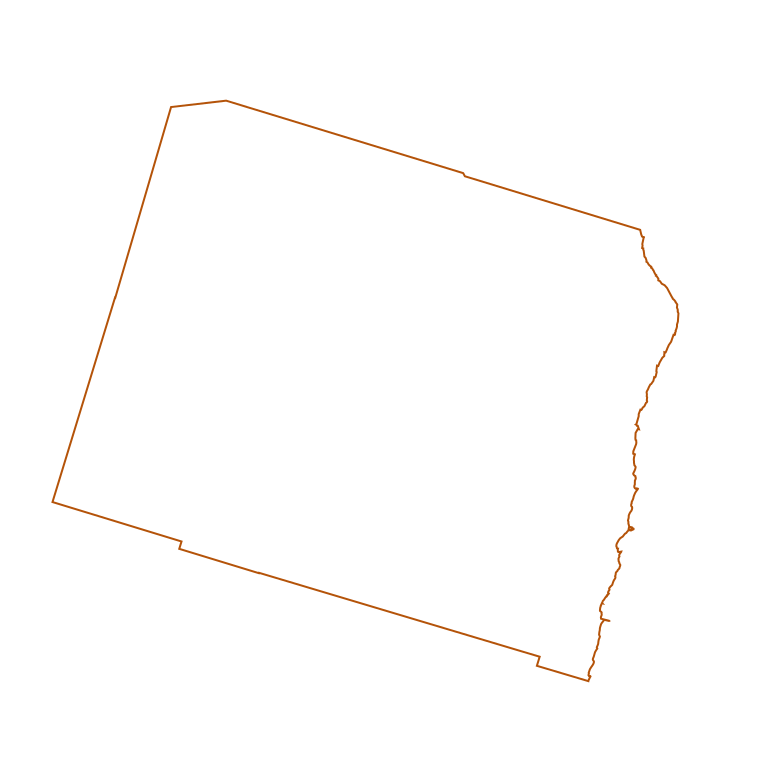 84, Ar Rayyān, Qatar (Mercator projection), rotated 197°
{"feature_id": "91078587B80601194471899", "entity_name": "84", "entity_type": "district", "adm_level": 2, "iso_a3": "QAT", "parent_name": "Qatar", "parent_adm1": "Ar Rayyān", "projection": "mercator", "projection_center": [50.776, 25.173], "detail": "fine", "context": "isolated", "style": "outline", "palette": "amber", "viewbox_px": 768, "rotation_deg": 197, "n_neighbors": 0, "source": "geoboundaries", "source_scale": "gbopen_adm2", "svg_char_len": 4987}
<svg xmlns="http://www.w3.org/2000/svg" viewBox="0 0 768 768"><g transform="rotate(197 384 384)"><path d="M101.7,159.6L101.8,160.2L101.2,164.2L101.0,164.6L101.1,164.8L101.5,165.0L102.5,164.6L103.3,165.3L103.4,165.9L103.4,167.0L103.8,167.6L103.7,171.4L103.1,173.7L102.4,175.8L102.0,177.4L101.9,178.7L102.0,179.7L102.3,180.2L103.1,180.9L103.5,181.2L103.8,181.7L103.9,182.5L103.8,183.6L103.7,184.7L103.8,189.2L103.3,191.4L103.0,192.5L102.7,193.2L102.7,193.5L103.4,194.1L103.5,194.8L103.3,196.4L103.2,198.0L103.7,200.6L103.9,202.4L103.7,204.2L103.7,205.6L105.0,207.1L105.5,209.6L105.7,211.9L106.0,212.9L106.2,214.2L106.2,217.8L105.9,219.0L104.4,222.9L99.5,223.2L99.4,223.3L99.6,223.4L107.8,223.0L108.4,224.3L108.4,225.3L108.3,226.6L108.5,227.5L108.9,228.2L109.1,229.2L109.9,229.7L110.9,230.0L111.3,230.6L111.8,233.1L111.8,234.3L111.8,234.7L111.7,236.1L111.8,236.1L111.5,238.2L111.2,238.2L111.5,238.4L111.2,239.7L111.0,239.8L111.3,239.8L111.3,240.4L110.5,242.2L110.2,243.5L109.8,244.7L109.1,245.7L109.4,245.8L109.0,246.8L108.3,247.9L108.6,248.0L107.8,249.4L108.7,249.9L108.8,250.6L108.7,251.6L108.3,252.5L108.2,253.2L108.8,253.9L108.9,254.5L108.7,255.2L108.0,256.9L107.6,257.5L107.0,258.7L107.0,261.1L106.8,263.3L106.1,265.8L106.1,266.5L106.3,267.2L106.7,267.5L106.8,268.2L106.7,269.1L106.9,270.2L107.1,271.0L107.0,271.8L106.6,272.6L106.2,273.2L106.1,274.1L105.9,274.8L105.4,275.6L105.0,276.7L105.1,277.3L105.1,277.9L105.0,279.0L105.1,280.0L105.8,280.7L106.4,281.2L106.7,281.8L107.0,282.4L107.5,282.8L107.9,283.3L108.2,284.3L108.6,285.1L108.7,285.7L108.6,286.6L108.4,287.9L108.9,288.6L109.1,289.3L108.8,290.8L108.1,292.7L108.1,293.1L110.4,291.9L111.0,291.9L111.4,292.3L112.1,294.2L112.1,294.6L112.1,295.0L113.0,294.9L113.2,295.0L113.9,296.3L114.4,296.8L114.7,298.1L114.7,299.5L114.4,300.9L113.9,303.3L113.1,305.4L112.2,306.6L111.1,307.9L110.6,309.2L110.2,310.3L109.7,311.4L108.9,312.2L108.7,312.6L108.1,314.3L107.1,315.9L105.0,316.1L102.9,318.0L102.9,318.4L103.2,318.7L103.5,318.7L104.1,317.4L105.2,316.5L107.6,316.3L107.7,317.1L107.7,317.5L107.7,317.9L107.8,318.3L107.8,318.9L106.3,319.0L105.8,318.8L105.3,318.5L105.0,318.5L104.7,318.6L104.5,319.0L104.7,319.3L105.0,319.4L107.8,319.2L109.0,321.4L109.4,321.7L110.0,323.7L110.5,324.4L110.8,324.9L110.9,327.5L111.5,329.9L111.3,332.0L111.0,333.4L110.4,334.9L110.2,336.4L110.3,337.5L110.6,338.5L110.9,339.0L111.4,339.2L111.8,339.5L112.2,340.3L112.4,341.3L112.3,342.6L112.6,343.3L112.6,344.0L112.4,345.0L112.2,346.7L112.2,348.1L112.3,348.7L112.3,350.4L112.0,353.2L111.5,355.1L110.6,357.5L110.6,357.8L110.9,358.1L111.1,358.0L112.0,358.0L112.1,357.8L110.9,357.9L111.0,357.6L111.6,357.4L112.3,357.3L113.0,357.6L113.7,357.8L114.4,358.5L114.8,359.5L114.8,361.6L115.2,362.6L115.6,364.3L115.8,364.8L115.6,366.7L115.7,367.6L116.0,367.9L116.1,368.5L116.5,368.8L116.8,369.5L117.6,369.6L118.3,369.9L119.4,370.9L119.5,371.4L119.1,373.8L118.9,375.9L119.0,377.8L119.3,378.5L120.0,379.0L120.7,379.4L121.3,380.6L121.9,381.7L122.3,383.1L122.7,384.0L123.1,385.0L123.4,386.7L123.5,387.9L123.5,390.1L123.9,390.1L124.1,390.2L124.7,390.1L125.3,390.2L125.9,392.6L125.3,400.2L125.5,401.6L126.4,403.9L127.0,404.0L127.4,404.7L127.8,405.8L129.1,410.8L128.1,415.2L127.5,415.2L127.5,415.3L127.0,415.3L129.1,418.2L129.9,418.0L130.5,418.8L131.3,418.9L130.9,419.5L131.0,426.0L131.0,427.4L131.3,428.7L131.6,429.5L131.6,429.9L131.6,430.0L131.3,434.5L130.3,434.5L130.0,435.3L129.7,437.0L128.5,438.9L127.9,442.7L127.3,443.3L127.3,444.5L127.9,445.2L128.5,448.3L129.1,448.9L129.6,451.1L129.8,451.5L130.4,452.7L130.5,453.8L130.0,456.1L129.8,458.3L129.2,461.4L128.5,462.1L127.3,465.8L127.6,469.6L126.7,469.6L126.4,470.4L126.7,475.2L127.3,475.8L128.3,481.4L127.0,481.4L126.7,485.2L125.5,490.5L125.4,490.7L124.2,492.7L124.2,492.9L124.4,493.2L124.7,494.3L124.6,494.6L125.2,496.4L124.0,496.4L123.9,496.6L123.5,499.9L123.5,501.0L123.4,501.4L123.0,504.6L121.8,508.3L121.7,510.3L121.7,510.5L121.7,510.8L121.5,515.8L120.4,515.8L120.2,516.4L120.3,517.4L120.7,517.9L120.4,519.1L120.4,519.9L120.7,520.2L120.5,522.7L120.6,524.6L121.2,526.5L121.2,529.6L123.1,537.7L124.3,539.0L124.3,539.7L124.6,540.1L124.9,541.1L126.2,542.7L126.8,545.8L129.3,547.7L129.4,548.1L129.6,548.2L130.9,549.1L131.9,549.6L132.7,549.9L133.0,550.2L133.1,550.5L133.6,550.9L134.6,551.8L141.4,558.6L144.5,560.5L147.7,561.1L150.1,563.0L152.0,563.3L152.4,564.9L152.5,565.0L153.9,566.1L154.5,566.7L155.7,567.0L155.7,567.8L155.8,567.8L157.0,568.6L158.5,570.2L159.2,571.1L159.7,571.6L160.1,571.7L161.3,573.0L162.6,573.3L162.6,574.2L162.7,574.3L164.6,574.9L165.1,575.3L165.7,575.5L167.6,577.3L168.8,577.6L169.1,578.9L170.7,581.1L172.2,582.0L174.7,587.6L175.4,588.3L175.7,589.5L176.9,589.5L177.2,592.0L177.9,593.3L178.5,600.1L177.8,600.8L179.3,600.2L180.4,600.5L180.9,601.2L181.0,601.4L181.6,602.0L184.1,606.3L367.4,606.3L369.9,608.8L617.8,608.8L668.6,586.6L666.2,388.0L666.5,388.1L666.5,174.2L531.6,174.2L531.6,166.5L448.3,166.5L448.3,166.9L155.4,168.7L155.4,159.2L101.7,159.6Z" fill="none" stroke="#b45309" stroke-width="2"/></g></svg>